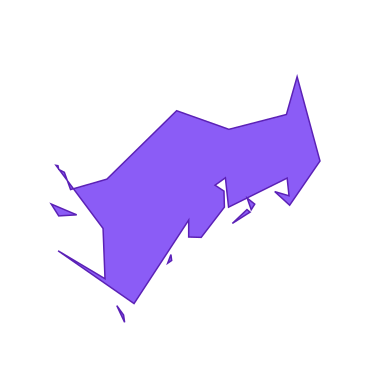 the border of Russia, rotated 153°
{"feature_id": "RUS", "entity_name": "Russia", "entity_type": "country or territory", "adm_level": 0, "iso_a3": "RUS", "parent_name": "Europe", "parent_adm1": "", "projection": "albers", "projection_center": [98.07, 61.527], "detail": "coarse", "context": "isolated", "style": "filled", "palette": "violet", "viewbox_px": 384, "rotation_deg": 153, "n_neighbors": 0, "source": "natural_earth", "source_scale": "50m", "svg_char_len": 749}
<svg xmlns="http://www.w3.org/2000/svg" viewBox="0 0 384 384"><g transform="rotate(153 192 192)"><path d="M301.1,277.5L299.5,276.3L300.5,272.6L296.8,267.5L299.1,249.3L262.0,242.1L168.8,271.4L130.7,231.1L72.7,218.2L46.0,247.0L63.9,161.5L111.0,135.9L118.1,154.8L107.3,144.6L100.9,161.2L166.3,161.9L155.8,189.5L168.4,187.6L163.1,178.3L170.0,163.8L204.4,147.4L215.4,153.4L207.7,168.5L294.3,118.9L338.0,200.4L308.9,154.2L287.8,199.9L301.1,277.5ZM310.6,124.9L308.8,113.5L311.2,106.5L310.6,124.9ZM170.3,145.7L151.0,151.4L149.4,147.7L170.3,145.7ZM305.1,224.0L321.6,231.2L322.9,245.2L305.1,224.0ZM147.3,149.3L145.6,161.5L141.6,152.7L147.3,149.3ZM239.2,145.8L241.2,140.2L246.0,139.6L239.2,145.8Z" fill="#8b5cf6" stroke="#5b21b6" stroke-width="1.5"/></g></svg>